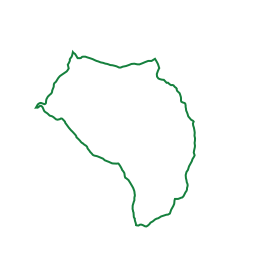 Shongphu, Tashigang, Bhutan, rotated 324°
{"feature_id": "84629894B1548081314680", "entity_name": "Shongphu", "entity_type": "district", "adm_level": 2, "iso_a3": "BTN", "parent_name": "Bhutan", "parent_adm1": "Tashigang", "projection": "robinson", "projection_center": [91.663, 27.301], "detail": "fine", "context": "isolated", "style": "outline", "palette": "green", "viewbox_px": 256, "rotation_deg": 324, "n_neighbors": 0, "source": "geoboundaries", "source_scale": "gbopen_adm2", "svg_char_len": 4025}
<svg xmlns="http://www.w3.org/2000/svg" viewBox="0 0 256 256"><g transform="rotate(324 128 128)"><path d="M65.5,57.4L66.0,57.7L66.3,58.0L66.8,58.4L67.4,58.5L68.7,58.4L69.8,58.4L70.4,58.7L70.7,59.1L71.0,59.9L71.0,60.4L71.1,61.0L71.0,61.5L70.3,64.4L70.2,65.2L70.5,66.6L71.1,68.0L71.5,69.4L71.9,71.9L73.4,73.8L74.1,75.4L74.2,75.9L74.4,76.8L74.9,78.7L75.9,79.9L78.1,80.8L79.4,80.9L79.8,81.3L80.2,81.8L80.3,82.5L80.4,83.1L80.6,84.5L80.7,85.9L80.3,86.8L80.3,87.3L80.3,88.0L80.3,89.4L80.3,90.2L80.3,90.9L80.3,91.8L80.3,93.0L80.6,96.7L80.8,97.5L81.1,99.8L81.4,102.7L81.4,103.5L81.3,104.0L81.3,104.4L80.9,105.0L80.9,105.5L81.2,106.8L81.4,107.9L81.6,109.4L81.7,110.2L81.7,111.4L81.8,112.0L81.9,112.8L82.4,113.6L82.6,114.9L83.3,116.9L83.7,117.8L83.8,118.9L83.8,119.4L83.6,119.9L83.3,120.7L83.3,121.4L83.4,123.7L83.4,124.6L83.3,125.4L83.5,125.9L83.5,126.5L83.6,126.9L83.7,127.7L83.7,128.6L83.8,129.2L84.5,130.5L85.3,131.4L85.8,131.9L86.6,132.9L88.2,135.5L89.1,137.0L89.6,137.8L89.8,138.2L90.1,139.8L90.2,140.4L91.1,141.8L91.9,143.1L92.4,143.8L94.1,146.8L94.4,147.3L95.9,148.6L96.7,149.2L97.5,149.9L98.3,150.4L99.2,150.9L99.4,151.4L99.4,152.6L99.3,154.5L99.2,155.4L98.9,157.5L98.6,158.3L98.7,159.9L98.7,160.7L98.5,162.4L98.1,163.2L97.1,165.0L96.6,166.4L96.6,166.8L97.0,167.5L97.8,170.5L97.7,171.2L97.6,173.1L97.1,178.2L97.0,178.8L96.9,179.7L96.0,182.8L95.2,184.3L94.8,184.9L94.4,185.8L93.6,187.0L92.6,187.7L91.6,188.9L91.2,189.5L90.7,190.2L89.3,191.1L88.3,191.9L87.1,192.8L86.1,193.6L85.2,194.8L84.1,196.2L83.6,197.5L83.1,198.4L82.8,199.6L80.6,203.1L80.3,203.7L80.2,204.5L80.3,205.2L79.9,205.6L79.1,207.2L78.8,208.1L78.5,209.1L77.9,210.5L77.4,211.3L77.9,212.0L79.2,213.1L80.7,213.2L81.8,213.8L82.8,215.1L84.0,217.5L84.9,218.4L85.4,218.5L86.5,218.6L88.7,218.4L90.6,217.8L93.1,218.1L96.3,217.9L98.0,218.2L99.1,218.7L100.7,218.9L102.8,219.0L105.5,219.9L108.0,220.7L109.6,221.6L111.6,221.8L114.9,219.5L118.8,217.7L120.8,216.5L123.1,213.9L124.3,213.0L125.7,214.0L126.8,214.8L127.8,215.1L130.2,215.7L131.1,216.1L132.8,215.8L135.4,214.5L136.5,213.9L138.3,213.3L139.6,212.4L140.5,211.2L141.6,210.4L142.7,209.3L143.3,208.0L143.6,206.6L144.7,204.4L145.4,202.6L147.0,200.0L149.4,198.0L151.9,197.1L154.8,194.9L160.1,192.4L161.7,191.2L163.3,190.5L164.6,190.0L165.9,189.2L166.7,186.6L168.3,185.0L170.0,183.5L170.8,182.8L171.7,181.8L173.1,179.2L174.7,177.6L176.2,175.7L177.2,173.4L179.3,170.9L180.3,169.0L181.5,166.5L182.2,164.3L183.2,162.5L184.9,161.4L184.8,160.4L183.9,158.4L183.6,154.1L183.8,153.4L184.4,151.8L185.0,149.7L185.2,148.5L185.6,147.5L186.2,146.6L187.0,144.8L187.4,144.3L187.9,143.6L188.6,142.0L188.5,141.1L187.1,139.2L186.6,138.0L187.1,136.8L188.1,135.5L188.9,134.2L189.7,131.9L190.2,130.2L189.8,128.0L189.6,126.9L190.0,125.4L190.5,124.9L190.5,123.8L190.1,122.7L189.9,121.3L189.9,120.3L189.3,119.4L188.1,118.7L187.5,117.4L187.2,116.1L187.0,114.9L185.8,114.1L185.3,110.1L183.8,108.8L182.5,107.2L181.7,105.8L181.7,103.5L183.0,101.3L185.6,99.5L187.3,98.5L188.0,98.1L188.5,97.9L188.9,96.6L189.8,93.9L190.2,91.2L190.5,87.9L189.3,87.8L186.5,87.6L183.7,85.6L180.4,84.7L178.6,84.3L176.6,83.8L174.5,83.2L173.7,82.5L172.9,81.9L170.9,79.7L168.4,78.2L166.2,77.7L162.8,76.7L159.8,75.3L157.7,74.8L156.3,73.8L155.0,71.4L153.9,70.0L152.4,68.2L150.6,66.6L149.6,65.0L148.7,63.8L147.5,62.6L146.6,61.3L146.2,60.7L144.5,58.9L142.9,56.4L142.0,55.3L141.7,54.8L140.9,53.4L139.9,51.5L138.2,49.1L136.7,47.1L135.4,45.2L133.6,43.9L132.8,43.5L132.0,43.5L131.2,43.7L130.2,43.3L128.9,42.3L128.5,42.1L128.3,41.5L128.5,40.0L128.7,37.1L128.0,34.8L128.0,34.2L126.3,35.7L124.8,36.9L124.3,37.2L122.3,37.8L121.3,38.2L120.5,39.4L118.2,40.7L116.5,41.4L115.2,44.6L115.0,45.0L113.0,45.8L111.7,46.2L105.1,46.0L103.3,46.0L100.9,46.6L99.9,47.0L97.5,48.0L96.6,48.3L95.1,48.4L94.4,48.6L93.5,49.3L92.2,50.9L91.5,51.4L89.7,52.5L88.4,53.4L87.9,54.1L87.1,54.6L86.1,55.0L83.5,55.2L82.8,55.4L82.1,55.4L81.2,55.7L78.9,56.8L77.9,57.7L76.4,59.4L76.0,59.7L75.6,59.8L74.8,59.8L74.4,59.6L72.5,56.8L71.8,56.2L70.7,55.9L68.9,55.9L65.5,57.4Z" fill="none" stroke="#15803d" stroke-width="2"/></g></svg>